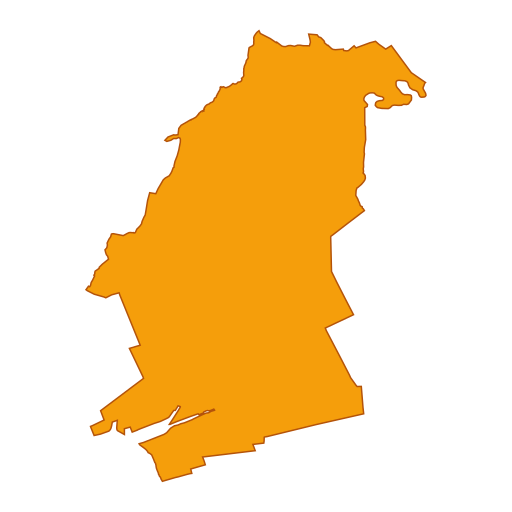 outline of Harman, Brasov, Romania
{"feature_id": "2599482B74827756897733", "entity_name": "Harman", "entity_type": "district", "adm_level": 2, "iso_a3": "ROU", "parent_name": "Romania", "parent_adm1": "Brasov", "projection": "robinson", "projection_center": [25.7, 45.718], "detail": "fine", "context": "isolated", "style": "filled", "palette": "amber", "viewbox_px": 512, "rotation_deg": 0, "n_neighbors": 0, "source": "geoboundaries", "source_scale": "gbopen_adm2", "svg_char_len": 5922}
<svg xmlns="http://www.w3.org/2000/svg" viewBox="0 0 512 512"><path d="M191.8,473.4L190.7,469.0L205.3,464.8L204.2,461.2L202.6,457.0L255.2,450.7L252.9,444.4L263.8,443.1L264.1,441.0L264.2,437.5L264.3,437.1L266.4,436.6L266.6,436.7L316.0,424.6L363.7,413.8L363.0,407.6L361.3,386.4L357.1,386.5L356.4,385.8L350.6,377.7L349.5,375.2L339.9,356.6L326.3,330.6L325.3,328.0L353.5,314.7L345.4,299.1L336.6,281.9L331.5,271.5L330.7,237.3L330.8,236.3L332.9,234.8L347.5,223.5L364.4,210.6L363.3,208.8L362.3,208.0L362.2,206.9L362.1,206.6L360.8,206.1L360.2,205.4L359.4,202.9L358.4,200.8L357.8,199.1L355.8,195.5L355.8,195.0L356.1,190.5L356.9,188.0L357.8,187.5L361.4,184.4L362.6,183.0L363.7,181.7L364.8,180.0L365.4,178.1L365.1,175.5L364.1,174.0L363.2,173.3L363.2,172.8L363.3,172.8L363.4,172.4L363.5,171.6L363.5,170.9L363.3,169.7L363.3,169.0L363.3,168.2L363.5,167.5L363.6,166.8L363.5,162.3L364.4,154.2L364.4,153.6L364.1,152.3L364.3,148.1L364.4,147.1L365.7,139.6L365.4,130.0L365.5,127.8L365.4,126.8L365.3,126.2L364.9,125.7L364.8,125.4L364.7,107.7L367.2,106.5L367.5,104.5L364.0,100.5L363.8,98.8L364.5,96.9L365.7,95.3L368.8,93.3L370.3,92.9L372.5,92.8L374.3,93.1L376.1,94.9L377.4,95.6L379.2,96.2L382.2,96.8L383.5,97.8L383.7,99.1L382.6,100.4L379.3,100.7L377.1,101.4L375.8,102.6L375.4,104.1L375.3,105.4L376.4,106.7L377.5,107.6L381.7,108.4L388.3,108.6L390.4,107.5L391.5,106.2L392.7,105.4L394.6,105.1L398.3,105.4L401.4,105.3L403.6,104.3L406.7,104.5L408.5,103.9L411.4,100.0L411.6,97.5L411.3,95.7L410.4,95.0L407.6,94.6L404.6,94.7L402.4,93.8L400.8,92.1L399.8,90.6L396.9,87.3L396.1,85.3L396.0,82.4L396.5,81.1L397.6,80.5L399.0,80.3L402.0,80.6L405.0,80.8L406.6,81.5L407.3,82.0L408.1,83.3L408.5,85.0L409.9,87.8L412.6,89.7L415.9,90.7L417.6,91.9L418.3,93.0L418.8,94.4L419.5,95.9L420.3,96.8L421.1,97.2L421.9,97.2L424.2,97.0L425.1,96.6L425.7,95.9L426.0,95.3L425.6,93.3L423.1,88.8L423.1,87.5L423.9,85.6L424.7,83.3L425.5,82.5L411.3,72.7L391.3,45.6L385.7,49.1L378.9,44.3L375.5,41.3L369.8,42.8L356.0,47.9L354.1,45.8L348.4,50.6L346.6,50.9L343.7,50.5L343.3,49.1L335.4,49.7L333.0,49.4L331.7,48.7L327.9,45.2L327.5,45.4L324.4,42.7L324.5,41.9L323.9,40.7L320.8,37.6L318.7,36.9L317.1,34.8L308.7,34.1L310.1,40.0L310.4,42.2L309.4,45.8L303.1,45.7L300.1,45.2L297.6,45.2L294.5,46.3L290.7,45.5L288.5,45.6L285.6,46.6L283.5,46.5L281.8,46.0L276.7,42.1L276.3,42.7L270.3,38.6L260.3,33.5L259.0,30.7L257.1,32.2L256.2,33.2L254.8,35.2L254.2,36.2L253.7,37.8L253.9,40.5L253.7,42.1L253.8,43.5L253.7,44.1L253.5,44.8L252.7,45.7L249.3,47.5L249.0,48.0L248.0,55.3L248.2,57.3L248.1,57.9L247.8,58.6L246.9,59.8L246.2,60.9L246.0,62.3L245.5,63.7L244.3,66.2L244.2,67.3L243.8,68.6L243.8,70.8L243.6,72.4L243.8,75.8L242.8,77.3L241.5,78.3L241.5,78.6L241.8,79.0L241.9,79.5L241.5,80.7L240.8,81.4L239.9,81.9L239.3,82.0L238.2,82.1L237.8,82.3L237.0,83.3L236.0,83.9L234.5,84.1L233.2,83.5L232.7,83.6L232.2,84.1L231.6,84.7L229.9,86.0L228.9,86.6L227.0,87.3L226.8,87.6L225.1,87.7L224.8,87.4L223.8,86.9L223.2,86.7L222.9,86.8L222.0,87.4L221.5,87.4L221.0,86.7L220.5,86.9L220.2,87.2L220.1,87.6L220.2,88.9L219.9,89.7L219.4,90.5L219.3,91.1L218.5,91.9L218.3,92.7L217.4,94.0L217.5,94.5L217.3,94.8L216.7,95.3L216.1,97.4L214.8,98.0L214.3,98.7L213.7,100.7L213.4,101.1L212.6,101.8L211.9,102.3L210.9,102.6L210.0,103.1L209.2,103.9L207.6,104.5L206.6,105.0L205.0,106.6L204.9,107.2L204.0,108.3L204.0,108.7L204.3,109.3L204.2,109.6L203.7,109.8L203.7,111.1L203.3,111.0L203.2,110.8L202.8,110.6L202.1,110.9L202.0,111.5L201.5,111.3L200.8,111.6L200.5,111.9L200.4,112.3L199.9,112.5L198.7,113.6L198.5,114.1L198.6,114.4L197.8,114.9L197.8,115.1L195.7,117.3L192.4,119.1L191.4,119.4L191.3,119.7L190.8,120.1L190.4,119.9L181.1,125.3L178.8,128.4L178.0,134.7L175.6,135.0L174.7,135.0L173.7,134.8L168.0,137.0L164.9,140.3L166.8,141.4L170.8,140.3L173.7,138.5L176.3,138.6L178.6,137.5L180.0,138.2L180.4,139.4L180.3,142.2L178.8,150.0L177.2,155.8L175.0,161.4L174.0,165.9L174.1,167.1L173.2,167.7L171.8,171.5L170.8,173.4L169.2,175.8L165.3,178.0L163.3,179.8L158.1,188.7L155.8,193.7L149.7,192.7L147.6,200.5L146.0,210.4L145.2,215.0L143.9,217.3L142.1,221.4L141.5,223.9L139.9,226.1L136.8,229.2L135.5,232.2L135.0,232.8L134.0,233.0L133.7,232.6L132.3,232.7L130.4,232.5L129.1,232.6L126.9,233.6L125.0,234.7L123.2,235.6L113.5,233.7L112.1,233.8L111.4,234.1L110.6,236.9L109.0,239.1L107.1,243.1L107.4,245.0L107.0,247.1L106.5,248.2L105.0,249.8L105.6,252.4L106.4,254.7L107.7,256.3L108.5,259.2L102.3,264.2L99.2,267.3L99.2,268.3L95.1,271.2L94.8,272.6L94.8,273.8L93.9,275.2L94.6,276.0L92.4,280.5L91.2,282.5L90.5,285.5L89.7,286.7L88.5,286.2L86.0,289.7L87.3,290.7L94.2,294.2L104.0,297.0L105.8,297.8L111.7,294.8L119.1,292.8L119.8,295.0L140.2,345.2L129.4,348.4L143.0,376.8L143.5,378.4L100.6,410.7L104.1,420.0L92.3,425.7L90.5,426.4L91.0,427.8L94.1,435.5L100.5,434.1L108.9,431.1L110.3,429.6L111.0,428.1L111.6,425.9L112.3,422.1L117.3,420.3L116.7,428.0L117.0,429.9L117.6,430.7L124.4,434.5L124.4,428.7L130.2,427.1L132.2,432.1L137.4,430.1L138.0,429.7L140.7,428.6L154.2,423.4L160.2,421.5L166.0,418.8L168.5,417.5L169.3,416.7L173.6,410.6L173.9,410.4L175.3,410.4L178.1,405.8L180.3,406.6L180.3,407.1L178.0,411.0L172.5,419.6L169.3,424.4L169.9,424.4L176.5,421.7L190.6,416.4L198.1,413.8L198.8,414.5L199.0,414.7L203.5,412.9L203.7,412.0L206.2,410.8L207.4,410.5L208.9,410.8L210.5,410.5L213.8,409.1L214.6,410.2L214.3,410.4L211.7,411.1L210.5,411.6L209.2,412.5L208.4,412.8L206.1,413.1L202.4,414.7L193.3,419.0L192.1,419.7L184.7,422.7L183.4,423.1L180.9,423.7L178.0,425.0L174.4,425.8L170.6,428.2L166.7,432.7L164.0,434.4L143.4,442.5L139.1,443.7L139.6,444.7L144.7,448.5L146.2,449.8L147.6,451.5L148.1,452.6L150.1,453.6L151.7,454.9L153.6,459.3L154.8,462.4L155.2,462.9L155.5,463.4L156.0,465.4L156.1,466.6L156.2,466.9L156.3,467.8L156.4,468.2L157.4,470.9L158.3,472.9L158.5,474.2L159.1,475.0L159.2,475.7L159.6,476.4L160.2,476.9L160.9,478.4L161.0,479.0L161.4,479.6L162.0,480.6L162.2,480.9L162.4,481.3L175.4,477.5L178.1,476.9L187.3,474.3L189.8,473.7L191.8,473.4Z" fill="#f59e0b" stroke="#b45309" stroke-width="1.5"/></svg>